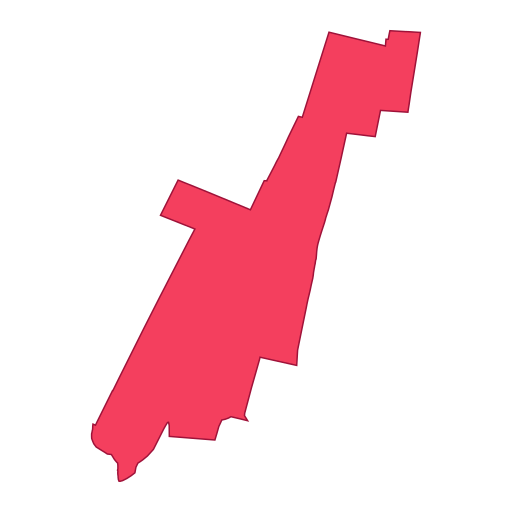 Independenta, Calarasi, Romania
{"feature_id": "2599482B9869535617898", "entity_name": "Independenta", "entity_type": "district", "adm_level": 2, "iso_a3": "ROU", "parent_name": "Romania", "parent_adm1": "Calarasi", "projection": "robinson", "projection_center": [27.18, 44.323], "detail": "fine", "context": "isolated", "style": "filled", "palette": "rose", "viewbox_px": 512, "rotation_deg": 0, "n_neighbors": 0, "source": "geoboundaries", "source_scale": "gbopen_adm2", "svg_char_len": 2633}
<svg xmlns="http://www.w3.org/2000/svg" viewBox="0 0 512 512"><path d="M407.9,112.2L408.0,111.4L409.1,104.4L409.9,98.9L410.9,92.0L414.3,71.1L417.4,51.9L419.7,37.0L420.4,32.6L420.4,32.4L419.9,32.4L418.0,32.3L408.3,31.7L405.3,31.6L391.3,30.8L389.9,30.7L389.3,33.5L389.0,35.0L388.9,35.6L388.2,39.3L387.1,39.3L386.0,39.2L385.7,42.6L385.4,46.0L368.8,41.9L357.2,39.1L329.0,32.2L318.0,67.2L302.3,117.3L298.4,116.4L291.6,130.4L288.4,137.0L286.3,141.6L284.2,146.1L281.3,152.2L278.4,158.4L278.2,158.6L276.3,162.1L274.6,165.6L271.9,170.8L267.1,180.0L266.9,180.2L266.8,180.3L266.7,180.5L266.8,180.6L266.8,180.8L264.2,180.7L250.4,209.8L231.9,202.1L213.3,194.4L195.7,187.2L183.0,182.1L178.7,180.3L178.1,180.1L160.5,215.3L194.9,229.0L188.6,241.0L166.9,283.2L166.2,284.6L160.0,296.6L143.7,328.7L118.9,378.4L112.8,390.8L112.5,390.7L97.0,422.0L95.5,425.2L93.0,424.1L92.9,424.7L92.8,425.5L92.7,426.8L92.7,427.4L92.6,429.3L92.2,431.0L91.9,432.8L91.7,433.2L91.6,434.2L91.6,436.4L91.7,438.5L92.7,441.2L93.8,443.8L95.0,445.4L96.2,447.0L101.8,450.5L104.6,452.2L107.3,454.0L111.4,454.5L114.4,459.4L115.7,461.0L117.1,462.6L117.6,462.9L117.8,464.4L117.9,465.8L117.9,468.9L117.5,470.2L117.7,470.6L117.9,470.9L117.8,472.2L117.8,473.5L117.9,474.8L118.1,476.1L118.1,477.0L118.2,478.0L118.3,478.8L118.4,479.6L118.7,480.4L119.0,481.2L119.5,481.2L120.0,481.3L122.6,480.6L126.4,478.7L126.8,478.5L131.3,475.6L133.1,474.2L134.9,472.8L135.4,470.1L135.9,467.3L136.9,465.2L137.9,463.1L140.4,461.5L142.8,459.8L145.1,457.9L147.4,456.0L150.4,452.7L153.4,449.4L158.7,438.9L164.0,428.4L165.7,425.4L167.5,422.5L168.5,422.3L168.9,423.9L169.2,425.5L169.3,436.4L192.1,438.2L214.9,440.0L216.9,433.3L218.8,426.5L220.3,423.3L221.8,420.0L223.6,419.6L225.0,419.3L228.6,418.0L230.9,416.7L231.4,416.8L239.5,418.7L247.6,420.7L246.1,418.2L244.5,415.7L244.6,414.4L244.7,413.2L248.1,400.4L251.5,387.6L255.5,373.6L259.5,359.5L260.0,357.2L278.3,361.3L296.7,365.4L297.6,350.1L302.3,327.0L306.3,307.5L307.0,303.8L308.1,298.7L308.9,295.5L309.6,292.5L310.2,290.0L311.2,285.1L312.3,280.3L312.7,278.6L313.0,276.8L313.3,274.8L313.5,272.7L313.9,270.3L314.3,268.0L314.4,267.6L314.7,265.7L315.2,263.5L315.4,261.8L315.7,260.0L315.8,259.5L316.0,259.3L316.1,259.1L316.4,255.6L316.7,251.3L317.1,248.0L317.5,245.7L318.0,243.5L318.7,241.0L319.6,237.9L320.5,234.9L321.2,232.7L321.9,230.5L323.7,225.0L324.4,222.9L325.0,220.8L325.4,219.4L325.7,218.0L326.4,215.9L327.3,213.0L328.3,210.1L330.1,203.5L331.9,197.0L333.6,189.8L335.4,182.6L335.7,182.2L341.3,157.4L342.0,154.1L346.6,133.2L360.9,134.9L368.1,135.8L375.2,136.6L380.5,110.4L403.1,111.9L407.9,112.2Z" fill="#f43f5e" stroke="#9f1239" stroke-width="1.5"/></svg>